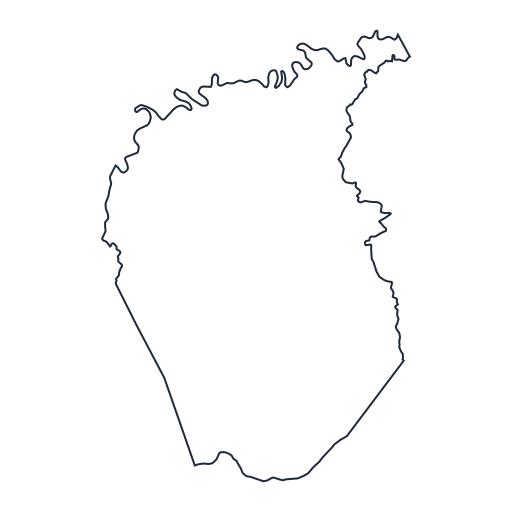 outline of Bonito Oriental, Colón, Honduras
{"feature_id": "27666195B94434942697031", "entity_name": "Bonito Oriental", "entity_type": "district", "adm_level": 2, "iso_a3": "HND", "parent_name": "Honduras", "parent_adm1": "Colón", "projection": "robinson", "projection_center": [-85.72, 15.712], "detail": "fine", "context": "isolated", "style": "outline", "palette": "slate", "viewbox_px": 512, "rotation_deg": 0, "n_neighbors": 0, "source": "geoboundaries", "source_scale": "gbopen_adm2", "svg_char_len": 5922}
<svg xmlns="http://www.w3.org/2000/svg" viewBox="0 0 512 512"><path d="M115.6,165.5L110.1,176.2L110.1,178.9L111.1,183.0L111.1,184.3L109.7,188.8L108.4,196.1L105.9,202.5L105.5,204.5L105.9,208.9L107.6,213.1L108.2,216.0L108.2,217.9L107.7,219.3L105.1,222.3L105.1,226.4L105.6,231.0L102.1,238.7L103.3,240.5L105.4,241.2L107.2,242.5L110.0,246.5L110.5,246.3L111.3,244.4L112.2,243.5L113.0,243.3L114.1,243.8L116.5,246.5L116.6,249.2L119.5,251.0L120.3,251.8L120.0,253.5L117.8,256.3L118.4,258.5L118.1,261.0L118.4,261.6L121.5,264.4L122.0,265.3L122.0,266.2L120.6,268.5L119.2,272.1L118.8,275.5L116.1,278.7L116.5,280.7L115.8,282.6L116.0,284.2L136.9,325.9L164.3,377.9L194.8,465.5L197.5,464.5L201.7,463.7L204.4,463.6L208.2,464.0L212.0,463.4L214.0,461.9L216.8,458.9L219.0,453.7L219.5,453.0L220.9,452.2L224.1,452.2L225.9,452.5L229.0,453.8L231.4,455.3L233.6,458.9L236.6,460.9L237.8,463.5L240.6,468.0L242.7,473.0L245.4,475.5L246.6,476.2L250.7,476.9L263.6,481.3L267.1,480.5L271.5,478.1L273.5,477.5L280.3,479.7L283.3,480.2L285.5,479.4L297.6,478.4L303.2,476.1L307.2,473.9L308.7,472.7L313.2,467.3L319.2,461.8L322.6,457.4L332.4,447.0L334.2,444.5L340.3,439.9L346.9,436.1L403.7,360.7L402.6,359.2L403.0,357.5L402.7,353.8L401.0,351.5L399.2,347.2L399.6,345.0L399.2,341.6L400.0,337.0L399.5,334.0L399.1,332.8L396.7,329.4L395.9,327.1L396.0,326.0L397.2,323.7L398.5,318.7L397.5,316.4L397.1,314.6L397.6,310.1L395.5,307.7L395.2,306.9L395.7,306.0L397.9,304.5L396.8,301.9L396.7,300.8L397.1,299.8L396.9,299.0L396.0,298.3L393.4,297.3L392.7,296.6L393.4,294.2L393.5,292.7L392.8,290.8L390.9,288.1L392.1,282.6L391.3,281.9L387.6,281.3L384.3,280.1L379.4,276.8L376.5,271.6L373.3,261.5L371.8,259.2L371.2,251.1L371.2,245.1L370.5,244.7L369.4,244.6L365.9,245.3L365.4,244.9L364.9,243.1L365.3,241.8L366.0,241.0L368.5,240.6L369.4,240.1L369.8,237.9L370.6,236.9L371.6,236.5L373.7,236.6L375.7,236.3L380.9,233.1L385.8,230.9L386.2,229.8L385.9,228.5L383.9,226.8L381.1,223.4L379.3,221.8L379.2,221.3L385.4,217.7L390.3,214.3L390.7,213.5L389.3,212.9L384.7,213.1L381.1,212.1L380.8,211.1L381.7,206.5L381.6,205.1L380.6,203.8L378.5,202.5L376.2,202.1L370.0,201.8L365.2,200.9L360.5,202.4L358.6,201.7L357.9,200.2L358.6,197.6L356.9,195.9L357.4,195.2L359.5,193.5L360.2,191.7L360.2,190.9L359.1,189.6L357.1,188.3L356.0,187.0L355.7,185.7L356.0,183.2L355.8,182.6L354.7,182.5L352.3,183.5L345.8,182.2L343.0,179.0L342.5,177.6L342.3,176.0L343.8,168.9L341.1,162.7L338.6,159.5L339.0,158.5L340.9,156.6L342.2,152.8L344.4,148.6L346.7,145.2L350.9,137.6L350.8,135.7L350.2,134.0L349.4,133.0L347.0,131.2L346.6,129.7L346.9,128.7L347.6,127.8L349.7,126.2L352.1,125.2L352.5,124.1L350.8,121.7L350.2,119.8L350.2,117.9L349.5,115.7L346.6,111.3L346.6,108.2L347.1,107.3L349.8,105.2L350.3,104.4L351.5,104.7L352.2,104.3L355.0,99.5L357.3,98.2L359.3,94.3L362.3,91.3L363.8,88.4L364.6,87.8L366.3,87.2L366.4,85.4L364.8,82.4L365.0,81.3L365.7,79.6L365.0,76.9L364.2,75.0L364.7,73.3L366.1,71.8L367.2,71.6L368.0,70.2L369.2,69.8L371.3,70.4L375.2,73.1L376.4,73.2L377.1,72.0L378.1,71.3L378.4,67.0L380.1,65.5L384.2,62.7L385.8,60.8L386.7,60.6L388.2,61.4L389.8,61.0L392.0,61.3L392.5,55.7L393.0,55.0L393.5,55.0L394.5,56.1L394.4,58.7L395.0,59.7L399.5,59.6L404.1,61.1L406.0,60.6L408.5,57.5L409.9,56.7L397.9,34.7L396.5,38.2L394.8,39.6L394.1,39.6L390.8,37.5L388.4,36.9L386.1,37.4L382.5,39.3L380.0,39.4L378.7,38.9L377.9,37.9L377.5,36.0L377.5,31.7L377.1,30.9L376.6,30.7L375.3,31.4L373.0,36.5L371.8,37.7L369.1,38.2L364.3,36.5L361.7,37.1L357.9,42.5L357.4,44.3L357.9,45.4L361.4,49.5L364.4,55.2L364.7,56.9L364.5,58.6L364.0,59.2L363.1,59.2L357.8,56.6L354.9,56.0L353.7,56.4L352.5,57.4L351.5,58.9L351.1,60.6L351.0,64.8L350.6,65.7L350.0,66.1L348.3,65.3L346.5,63.5L345.4,58.1L343.6,58.5L339.6,61.1L337.7,61.5L334.8,59.4L332.1,55.1L329.4,51.8L327.9,50.2L325.6,48.7L323.6,48.4L320.4,49.1L318.0,50.0L314.7,50.1L311.6,48.9L306.7,45.1L304.3,43.9L302.3,43.5L299.7,44.3L298.6,45.1L297.6,46.3L297.2,47.7L297.5,48.6L298.3,49.3L303.4,50.6L304.2,51.2L305.2,52.9L306.1,57.8L311.1,62.2L311.7,63.3L311.7,64.4L311.0,65.9L309.0,68.1L307.0,69.2L305.5,69.2L304.0,68.9L303.1,68.2L301.2,64.8L300.0,63.4L298.7,62.5L295.9,62.0L294.2,62.4L293.0,63.1L292.2,64.6L292.3,66.9L294.2,71.5L297.1,74.6L297.4,75.8L296.9,76.9L294.3,79.2L290.1,85.4L287.7,87.2L286.4,86.7L285.1,85.0L285.4,78.7L284.7,74.3L283.7,72.0L282.4,71.1L281.5,71.2L281.2,71.6L282.1,78.4L281.4,82.0L278.7,86.0L275.9,87.9L275.1,87.4L275.0,86.2L276.8,82.0L277.7,78.6L277.8,77.1L277.4,74.9L276.1,71.1L274.8,70.3L273.1,70.3L271.4,70.9L270.2,71.9L269.2,73.4L268.2,77.6L268.6,82.2L268.3,84.0L267.4,86.6L266.3,87.3L264.0,86.4L261.9,83.9L258.7,81.1L256.6,80.2L254.9,79.9L252.6,80.1L247.9,81.8L245.9,82.1L243.7,81.7L241.9,80.7L239.1,80.6L233.3,83.3L231.7,83.4L227.0,83.0L221.6,85.5L219.7,85.6L218.4,84.7L217.7,83.2L218.2,77.9L217.8,76.5L216.5,74.8L214.8,74.3L213.4,75.3L212.0,78.0L211.8,84.5L210.8,86.9L203.7,86.5L201.8,86.9L200.2,88.0L198.8,90.7L198.8,92.3L199.7,93.8L205.5,98.1L207.3,100.3L207.9,102.0L207.9,103.6L207.3,104.8L206.0,105.6L202.8,105.7L201.5,105.3L192.1,99.2L185.8,93.1L181.6,91.8L176.9,89.2L175.5,90.2L174.5,92.2L174.3,94.2L175.1,95.7L176.5,97.4L180.1,100.0L185.4,101.4L188.7,103.1L189.9,104.6L191.2,107.1L191.6,108.8L191.1,109.8L190.3,110.1L189.1,109.8L186.1,107.4L182.8,105.7L181.0,105.6L178.4,106.2L176.5,107.1L173.2,109.7L165.2,118.5L163.8,119.5L162.8,119.6L161.5,119.1L158.4,115.9L155.6,112.0L152.2,109.5L147.4,107.0L143.9,105.7L141.5,105.1L139.6,105.5L135.3,108.4L135.0,109.9L135.6,111.5L136.4,112.0L137.3,111.9L140.0,109.7L142.2,108.7L143.8,108.5L145.6,108.9L146.5,109.4L149.4,112.3L150.3,114.8L150.8,117.6L149.6,122.1L148.2,124.2L146.7,125.5L140.9,128.1L137.5,130.1L135.8,132.3L134.5,134.8L134.0,137.5L134.4,140.3L135.3,141.9L137.9,145.0L138.8,146.9L138.7,148.6L138.0,151.5L137.5,152.5L136.7,153.0L127.5,156.5L126.1,157.1L125.3,157.9L125.0,159.3L126.1,161.6L127.6,165.6L127.9,168.1L127.4,169.9L124.9,172.2L123.3,172.6L121.1,171.7L117.9,167.4L115.6,165.5Z" fill="none" stroke="#1e293b" stroke-width="2"/></svg>